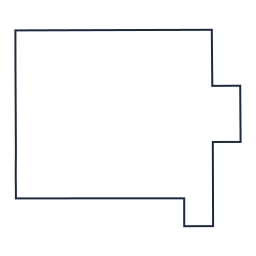 outline of Van Wert, Ohio, United States of America
{"feature_id": "52423323B68690141030407", "entity_name": "Van Wert", "entity_type": "district", "adm_level": 2, "iso_a3": "USA", "parent_name": "United States of America", "parent_adm1": "Ohio", "projection": "mercator", "projection_center": [-84.608, 40.838], "detail": "fine", "context": "isolated", "style": "outline", "palette": "slate", "viewbox_px": 256, "rotation_deg": 0, "n_neighbors": 0, "source": "geoboundaries", "source_scale": "gbopen_adm2", "svg_char_len": 316}
<svg xmlns="http://www.w3.org/2000/svg" viewBox="0 0 256 256"><path d="M15.4,30.4L15.4,30.5L15.5,73.5L15.9,151.9L15.7,174.4L15.9,189.3L15.9,198.4L184.2,198.3L184.2,226.2L213.1,226.1L212.8,142.0L240.6,141.9L240.4,114.3L240.2,85.7L212.3,85.9L211.8,29.8L15.4,30.4Z" fill="none" stroke="#1e293b" stroke-width="2"/></svg>